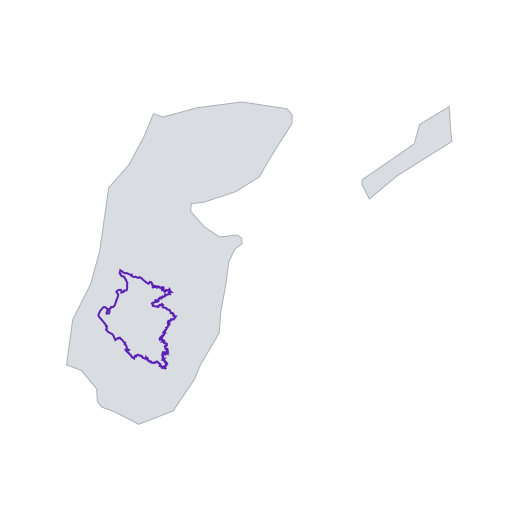 Nablus, West Bank, Palestine (highlighted), rotated 194°
{"feature_id": "87354302B42764778113026", "entity_name": "Nablus", "entity_type": "district", "adm_level": 2, "iso_a3": "PSE", "parent_name": "Palestine", "parent_adm1": "West Bank", "projection": "natural_earth1", "projection_center": [35.262, 32.179], "detail": "fine", "context": "in_parent", "style": "outline", "palette": "violet", "viewbox_px": 512, "rotation_deg": 194, "n_neighbors": 0, "source": "geoboundaries", "source_scale": "gbopen_adm2", "svg_char_len": 6773}
<svg xmlns="http://www.w3.org/2000/svg" viewBox="0 0 512 512"><g transform="rotate(194 256 256)"><path d="M413.5,104.5L418.4,150.0L409.6,189.0L408.9,223.2L415.4,286.6L401.4,313.5L393.4,345.3L389.9,369.3L380.0,368.3L348.7,385.7L307.2,402.0L261.5,406.3L255.0,401.5L253.2,393.2L266.6,352.8L271.8,333.8L291.6,313.3L319.6,295.6L331.5,291.1L330.2,283.5L313.4,271.8L296.0,265.6L279.4,271.8L274.2,269.9L272.5,264.7L278.3,257.4L281.0,243.9L278.4,221.2L276.7,193.6L273.1,172.3L283.4,137.6L286.0,121.0L298.9,85.7L329.1,64.3L355.1,70.5L368.9,72.1L374.7,76.3L378.4,88.5L397.7,102.7L413.5,104.5ZM159.8,338.8L170.8,351.3L171.2,355.9L129.6,403.0L129.1,423.2L104.7,447.7L97.0,423.4L93.6,414.6L138.4,368.0L159.8,338.8Z" fill="#d9dde1" stroke="#a8b0b8" stroke-width="1"/><path d="M391.8,169.2L393.9,165.0L394.2,163.7L394.6,160.8L394.1,159.5L385.8,153.5L385.2,152.9L384.6,151.6L383.9,151.7L384.0,151.4L383.2,149.9L383.7,148.3L380.7,146.4L376.4,145.4L375.3,144.5L372.2,140.4L370.7,142.4L370.0,142.5L370.1,143.0L368.3,143.9L367.7,143.4L367.4,142.8L366.2,142.6L363.5,140.6L362.2,140.2L362.5,139.7L361.7,139.0L361.9,138.5L360.5,137.9L359.3,136.2L359.4,134.5L358.0,134.6L357.6,134.4L357.4,133.9L356.6,134.0L356.7,133.7L357.2,133.3L357.7,133.5L357.8,132.5L358.8,132.5L357.2,131.4L355.6,130.9L355.2,130.2L353.6,129.7L352.5,128.2L351.9,128.1L351.8,127.8L349.5,127.1L349.8,128.3L349.6,128.7L349.2,128.6L349.0,128.9L349.3,129.4L348.8,129.9L348.2,129.8L348.2,130.1L347.8,129.9L347.6,130.9L346.8,131.7L345.2,131.1L344.2,131.6L343.1,130.9L342.6,131.3L341.3,129.8L340.8,130.1L339.3,129.5L338.6,130.1L338.2,130.0L338.2,130.6L337.3,129.2L337.0,129.2L337.0,130.2L337.1,130.8L336.8,130.9L336.5,130.5L336.8,130.0L336.5,129.6L336.1,129.7L335.3,128.3L334.7,128.5L334.3,128.0L333.5,127.9L333.4,128.1L332.6,128.3L332.2,127.4L331.8,127.7L331.4,127.4L329.7,127.3L329.6,127.7L329.1,127.8L329.3,127.9L327.6,128.8L326.9,129.6L325.9,129.6L324.4,128.7L324.4,128.3L323.5,128.0L322.7,126.6L322.7,126.1L322.3,126.2L322.1,126.9L321.6,126.0L321.3,126.3L319.9,125.7L319.7,125.3L320.1,125.1L319.8,124.7L319.2,125.1L316.9,124.9L316.6,125.2L317.0,125.7L317.6,125.7L318.0,125.4L317.8,125.2L318.7,125.1L318.5,125.3L318.6,126.6L317.7,126.8L317.2,127.2L317.3,127.6L316.9,128.0L317.1,128.6L316.4,128.8L316.4,129.4L316.1,129.8L316.4,130.0L317.0,129.2L317.2,129.5L316.7,130.0L316.9,130.9L318.2,130.9L318.0,131.3L318.6,131.8L319.2,131.7L319.7,132.1L319.3,132.6L319.6,133.0L320.0,133.2L320.7,133.0L320.7,132.6L321.8,132.6L321.3,133.9L320.7,134.4L321.8,134.3L321.7,135.5L322.3,135.8L322.3,136.3L321.9,136.1L322.0,136.4L322.1,136.7L322.6,136.6L323.0,137.0L322.2,137.9L322.3,138.4L322.0,138.7L321.2,138.6L321.7,139.1L323.1,139.0L323.1,139.6L322.7,139.4L322.7,139.7L322.0,139.9L322.4,140.3L321.3,140.6L320.5,139.8L320.0,140.0L319.7,139.5L319.0,140.3L318.5,139.7L318.3,139.7L318.6,140.0L318.0,141.4L318.4,141.9L318.7,141.4L319.2,141.6L318.8,142.2L318.9,142.9L319.2,142.8L319.6,143.3L319.3,143.7L319.5,144.4L320.4,144.3L319.9,143.9L320.2,143.4L320.5,143.8L321.0,143.8L321.4,144.0L321.3,144.5L321.6,144.7L321.7,145.3L322.5,146.0L322.2,146.4L322.3,146.8L321.1,147.3L320.9,148.0L321.3,149.2L321.9,149.5L322.6,149.1L324.0,149.3L324.0,149.7L324.8,150.2L324.6,150.6L324.9,150.8L326.1,150.3L325.9,150.7L326.2,150.9L325.3,150.8L324.8,151.2L325.3,151.4L325.1,151.7L325.7,151.8L326.2,151.3L326.7,151.9L327.2,151.9L326.9,152.6L327.4,153.3L327.6,153.2L327.5,152.5L328.2,152.2L328.1,151.7L328.6,151.6L328.6,152.1L328.9,152.2L329.2,151.8L329.5,152.4L328.9,154.3L328.4,154.7L328.2,155.2L327.6,153.7L327.4,153.8L328.0,155.6L327.1,156.2L326.8,156.0L326.2,157.2L326.3,158.1L327.4,159.0L327.4,159.4L327.1,159.4L326.4,158.5L327.2,160.0L327.0,160.3L326.5,159.3L326.4,159.7L326.0,159.7L326.3,160.0L326.0,160.4L326.3,160.8L326.2,161.2L325.8,161.7L326.1,162.3L325.6,162.6L325.7,162.8L325.0,164.4L325.6,164.8L324.5,165.7L324.6,166.8L323.9,168.0L323.9,168.4L323.5,168.5L323.6,169.4L324.3,169.3L324.7,168.8L325.4,169.4L325.3,171.7L324.2,171.2L324.2,172.2L323.0,172.9L323.3,173.7L323.3,174.0L322.5,174.1L322.3,173.7L321.8,174.5L320.4,174.6L319.4,177.3L319.9,177.0L320.6,178.2L321.2,177.9L321.2,178.4L322.0,178.9L321.9,179.3L322.1,179.5L322.3,179.0L322.6,179.2L322.7,179.8L322.5,180.1L323.0,180.5L324.3,180.1L324.4,180.3L324.8,180.2L324.7,180.6L326.6,182.1L326.7,182.7L329.6,182.7L330.3,183.7L334.1,183.7L334.8,185.1L335.5,185.6L334.6,186.1L335.7,186.7L337.2,184.8L337.8,185.0L338.0,184.3L338.7,184.0L338.4,183.0L338.6,182.9L344.0,182.7L344.1,183.8L345.5,184.6L345.1,185.6L344.2,185.8L343.0,186.8L343.0,188.7L342.7,188.9L342.1,189.0L341.6,188.3L342.2,187.4L341.8,187.1L341.3,187.5L341.3,188.0L341.0,187.9L340.6,188.5L339.9,188.3L339.7,188.6L340.3,189.4L339.8,190.3L340.1,190.4L340.0,190.9L339.0,191.4L339.3,192.1L338.7,192.7L337.9,192.9L337.6,192.6L337.6,193.1L336.6,193.4L336.7,194.1L336.1,194.0L334.5,194.9L334.3,195.5L334.8,195.9L334.9,196.7L333.3,196.7L332.9,197.1L332.5,197.1L331.9,197.5L331.8,198.1L331.6,197.9L330.1,198.2L330.5,198.9L330.9,198.9L331.1,199.2L330.8,199.4L330.9,200.3L329.6,200.6L330.4,201.0L330.8,200.6L330.9,201.5L331.6,201.5L331.8,201.8L331.5,202.4L332.0,203.0L332.3,202.1L332.0,202.1L332.0,201.7L332.5,201.4L332.5,201.0L332.9,201.0L333.0,201.3L333.8,201.4L334.2,201.0L334.6,201.3L334.8,201.1L334.7,200.7L334.9,200.4L335.1,200.6L335.5,200.1L335.1,200.7L335.4,200.9L336.1,199.7L335.7,199.5L335.8,199.2L336.3,199.1L336.7,200.1L337.9,200.3L337.9,200.5L338.3,200.4L338.2,200.9L338.9,200.2L339.2,200.7L338.7,201.3L339.3,200.9L339.6,201.2L338.3,201.9L338.7,202.2L338.6,203.1L339.2,202.9L339.9,203.6L339.6,203.0L341.4,202.1L340.8,201.8L342.5,202.3L342.6,202.8L343.7,202.7L343.3,202.1L343.8,201.8L344.6,201.8L344.7,201.4L346.1,202.4L346.4,202.0L347.0,202.3L347.1,202.0L347.4,202.2L347.6,202.0L346.8,201.4L347.6,201.2L348.4,200.5L348.6,200.6L348.5,201.5L349.3,202.2L349.1,202.7L349.3,203.3L350.1,203.6L350.7,204.3L350.6,204.6L351.5,205.3L352.7,205.3L353.2,204.0L353.2,203.3L353.8,203.1L356.6,204.0L361.1,206.3L362.1,207.1L364.0,207.2L364.4,207.0L364.3,206.5L365.5,206.2L368.0,206.8L368.6,206.2L370.5,206.2L372.1,206.6L372.1,207.8L373.6,207.4L377.4,208.2L378.1,207.7L379.5,207.6L381.3,208.0L382.1,208.8L383.0,208.6L384.2,209.3L384.1,206.2L382.7,205.5L382.6,204.6L381.2,203.9L379.6,204.2L378.8,203.9L378.6,203.3L377.3,202.4L376.8,201.4L376.2,201.3L375.2,199.5L374.4,198.9L373.9,195.9L373.2,193.8L373.2,191.8L373.3,191.3L375.6,190.6L375.9,188.9L377.9,188.1L378.1,189.8L379.2,190.5L380.6,190.1L382.7,188.1L382.7,187.2L381.0,186.0L380.8,185.4L380.2,184.9L380.3,181.4L380.7,180.0L380.6,178.7L380.9,178.5L380.8,178.2L381.2,173.4L381.9,172.8L382.3,171.9L384.4,171.3L384.4,169.9L385.9,169.0L385.6,167.8L384.6,166.8L384.8,164.6L387.0,164.0L387.3,164.9L386.9,167.6L387.5,168.7L389.2,169.6L391.1,169.8L391.8,169.2Z" fill="none" stroke="#5b21b6" stroke-width="2"/></g></svg>